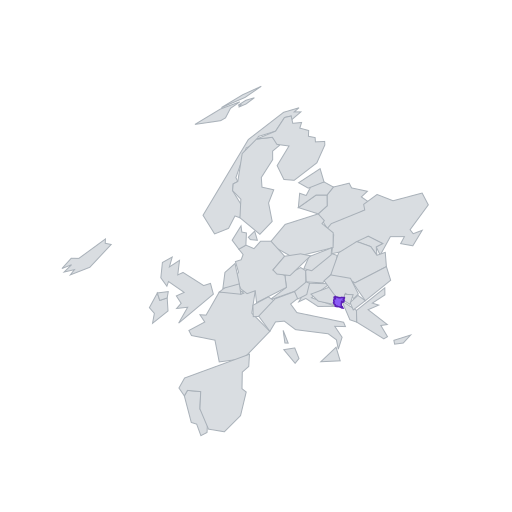 where Montenegro sits in Europe, rotated 331°
{"feature_id": "MNE", "entity_name": "Montenegro", "entity_type": "country or territory", "adm_level": 0, "iso_a3": "MNE", "parent_name": "Europe", "parent_adm1": "", "projection": "equal_earth", "projection_center": [19.258, 42.706], "detail": "fine", "context": "in_parent", "style": "filled", "palette": "violet", "viewbox_px": 512, "rotation_deg": 331, "n_neighbors": 37, "source": "natural_earth", "source_scale": "50m", "svg_char_len": 8551}
<svg xmlns="http://www.w3.org/2000/svg" viewBox="0 0 512 512"><g transform="rotate(331 256 256)"><path d="M266.4,111.3L296.0,110.2L316.6,113.3L305.2,114.5L296.3,120.4L290.7,120.5L266.4,111.3ZM365.1,151.7L352.9,154.2L354.6,150.6L348.1,148.7L333.7,156.3L316.1,152.6L309.3,157.6L299.9,156.7L276.4,177.7L276.2,182.0L271.0,181.9L267.2,187.5L268.0,206.5L260.5,214.8L257.0,210.8L245.4,218.5L230.5,216.6L229.4,194.7L305.8,150.4L349.8,143.7L365.5,147.2L359.3,148.5L365.1,151.7ZM342.9,110.1L323.2,112.0L297.7,109.4L322.6,108.5L342.9,110.1ZM331.3,116.8L321.1,118.2L312.9,117.4L316.1,116.5L313.3,115.5L322.7,114.9L331.3,116.8Z" fill="#d9dde1" stroke="#a8b0b8" stroke-width="1"/><path d="M206.4,269.7L238.5,286.0L224.6,304.0L231.6,328.6L195.2,339.7L172.5,330.8L179.3,309.7L161.0,294.3L161.2,288.6L179.2,288.9L178.5,280.2L183.7,283.5L206.4,269.7ZM239.1,346.1L243.7,334.2L241.9,347.8L239.1,346.1Z" fill="#d9dde1" stroke="#a8b0b8" stroke-width="1"/><path d="M260.5,214.8L270.3,199.0L267.2,187.5L271.0,181.9L276.2,182.0L293.6,159.7L313.1,154.0L327.9,160.1L330.2,170.6L321.4,172.3L317.3,179.8L298.7,189.9L294.6,198.7L303.6,206.7L292.7,215.7L286.9,233.6L269.9,238.9L260.5,214.8Z" fill="#d9dde1" stroke="#a8b0b8" stroke-width="1"/><path d="M357.1,233.2L372.8,237.5L372.6,242.8L384.8,253.4L376.8,255.4L380.3,262.6L373.4,268.5L331.6,266.5L330.8,249.3L342.6,246.6L347.7,237.1L357.1,233.2Z" fill="#d9dde1" stroke="#a8b0b8" stroke-width="1"/><path d="M404.3,312.7L413.8,314.1L398.1,323.1L388.5,315.3L395.2,311.0L382.9,304.2L365.0,315.5L365.6,306.3L372.8,306.5L363.7,293.1L340.6,296.0L323.4,290.7L334.2,275.2L331.6,266.5L337.6,264.2L373.4,268.5L375.2,263.0L391.7,260.9L402.6,274.1L431.8,281.5L431.5,294.8L403.5,307.7L404.3,312.7Z" fill="#d9dde1" stroke="#a8b0b8" stroke-width="1"/><path d="M330.8,249.3L332.9,258.2L329.4,259.7L334.8,273.1L327.5,286.0L287.7,275.2L275.8,256.1L276.3,250.4L296.8,242.5L330.8,249.3Z" fill="#d9dde1" stroke="#a8b0b8" stroke-width="1"/><path d="M292.3,293.0L286.2,304.4L277.6,306.4L246.0,301.1L267.4,298.2L271.8,287.1L289.5,287.8L292.3,293.0Z" fill="#d9dde1" stroke="#a8b0b8" stroke-width="1"/><path d="M323.4,290.7L327.3,294.9L317.1,307.3L301.2,311.8L287.4,303.0L292.3,293.0L323.4,290.7Z" fill="#d9dde1" stroke="#a8b0b8" stroke-width="1"/><path d="M351.1,292.2L363.7,293.1L372.8,306.5L365.6,306.3L362.1,314.0L360.9,303.4L351.1,292.2Z" fill="#d9dde1" stroke="#a8b0b8" stroke-width="1"/><path d="M362.1,314.0L370.8,315.5L364.9,328.5L329.5,327.5L312.2,308.8L329.9,293.2L351.1,292.2L360.9,303.4L362.1,314.0Z" fill="#d9dde1" stroke="#a8b0b8" stroke-width="1"/><path d="M347.7,237.1L342.6,246.6L330.8,249.3L316.5,234.2L338.1,231.8L347.7,237.1Z" fill="#d9dde1" stroke="#a8b0b8" stroke-width="1"/><path d="M351.4,224.2L357.1,233.2L347.7,237.1L338.1,231.8L316.5,234.2L324.6,222.3L329.2,227.4L339.3,220.8L351.4,224.2Z" fill="#d9dde1" stroke="#a8b0b8" stroke-width="1"/><path d="M354.4,210.7L351.4,224.2L334.6,222.0L328.8,212.6L354.4,210.7Z" fill="#d9dde1" stroke="#a8b0b8" stroke-width="1"/><path d="M276.3,250.4L280.9,270.1L264.1,276.4L271.8,287.1L267.4,298.2L233.9,297.0L238.5,286.0L229.9,284.6L226.8,277.5L227.6,264.5L232.9,261.7L235.3,250.9L241.2,252.1L245.4,248.5L244.3,241.7L252.4,241.6L257.8,248.6L267.2,245.3L276.3,250.4Z" fill="#d9dde1" stroke="#a8b0b8" stroke-width="1"/><path d="M327.6,324.1L329.5,327.5L364.9,328.5L362.0,342.5L329.9,348.1L327.6,324.1Z" fill="#d9dde1" stroke="#a8b0b8" stroke-width="1"/><path d="M352.9,400.1L342.6,403.5L334.5,400.3L335.7,396.6L352.9,400.1ZM317.5,352.3L353.2,346.3L349.9,352.5L334.9,353.6L339.5,358.4L328.0,357.3L337.6,379.6L331.5,377.3L331.9,390.3L327.6,390.4L312.0,362.6L317.5,352.3Z" fill="#d9dde1" stroke="#a8b0b8" stroke-width="1"/><path d="M317.5,352.3L312.0,362.6L307.2,357.3L309.3,336.9L317.5,352.3Z" fill="#d9dde1" stroke="#a8b0b8" stroke-width="1"/><path d="M289.6,305.8L307.0,316.0L284.3,319.4L301.1,338.6L285.7,330.1L279.0,317.3L271.2,316.8L289.6,305.8Z" fill="#d9dde1" stroke="#a8b0b8" stroke-width="1"/><path d="M246.9,297.7L251.2,306.0L231.7,311.6L224.2,307.7L229.4,297.6L246.9,297.7Z" fill="#d9dde1" stroke="#a8b0b8" stroke-width="1"/><path d="M225.2,277.8L227.2,282.6L224.2,282.1L225.2,277.8Z" fill="#d9dde1" stroke="#a8b0b8" stroke-width="1"/><path d="M227.9,272.3L224.2,282.1L206.4,269.7L221.3,267.3L227.9,272.3Z" fill="#d9dde1" stroke="#a8b0b8" stroke-width="1"/><path d="M234.0,252.4L227.9,272.3L211.3,268.3L220.9,255.3L234.0,252.4Z" fill="#d9dde1" stroke="#a8b0b8" stroke-width="1"/><path d="M125.5,343.6L130.9,340.3L141.9,347.8L132.8,362.6L134.3,375.9L127.6,386.6L120.7,386.4L122.6,374.3L118.7,370.2L125.5,343.6Z" fill="#d9dde1" stroke="#a8b0b8" stroke-width="1"/><path d="M130.5,384.4L132.8,362.6L141.9,347.8L130.9,340.3L125.5,343.6L124.6,334.1L134.4,328.1L202.7,338.7L196.1,349.1L187.7,350.9L179.4,365.3L181.5,370.2L165.1,388.1L143.1,394.4L130.5,384.4Z" fill="#d9dde1" stroke="#a8b0b8" stroke-width="1"/><path d="M158.0,249.6L152.4,261.4L132.9,264.7L139.3,256.9L137.7,249.5L151.8,240.5L150.3,248.2L158.0,249.6Z" fill="#d9dde1" stroke="#a8b0b8" stroke-width="1"/><path d="M251.9,302.7L272.5,305.8L273.1,313.1L263.0,314.8L264.3,325.3L300.5,356.4L300.0,361.1L290.8,355.7L291.9,368.8L282.8,377.4L285.7,368.3L281.4,359.0L254.9,339.6L249.2,326.7L241.1,323.1L231.6,328.6L229.2,309.9L251.9,302.7ZM261.4,379.9L281.8,374.6L278.8,388.5L261.4,379.9ZM234.9,351.4L245.3,355.2L243.9,366.5L238.2,368.8L234.9,351.4Z" fill="#d9dde1" stroke="#a8b0b8" stroke-width="1"/><path d="M252.4,241.6L244.3,241.7L242.8,230.6L257.5,222.4L255.2,228.2L258.8,231.2L252.4,241.6ZM266.9,233.6L264.8,242.9L259.0,238.9L258.4,235.9L266.9,233.6Z" fill="#d9dde1" stroke="#a8b0b8" stroke-width="1"/><path d="M158.0,249.6L150.3,248.2L151.8,240.5L162.0,244.6L158.0,249.6ZM175.5,253.0L167.1,235.9L163.4,239.2L162.2,228.9L171.0,216.3L182.2,216.3L174.9,223.6L187.0,222.7L178.4,234.6L184.2,235.0L195.9,256.5L202.9,257.9L200.2,268.7L155.8,277.2L171.4,267.7L161.1,263.4L167.6,261.1L167.0,252.3L175.5,253.0Z" fill="#d9dde1" stroke="#a8b0b8" stroke-width="1"/><path d="M132.6,168.1L130.3,171.8L134.9,175.7L105.2,185.3L84.5,182.5L90.6,179.9L80.4,177.0L90.5,174.2L80.2,172.9L93.3,168.4L99.9,172.2L132.6,168.1Z" fill="#d9dde1" stroke="#a8b0b8" stroke-width="1"/><path d="M272.5,305.8L287.4,303.0L289.6,305.8L281.7,314.3L271.7,313.9L272.5,305.8Z" fill="#d9dde1" stroke="#a8b0b8" stroke-width="1"/><path d="M354.6,150.6L352.5,157.8L360.6,161.3L356.3,165.4L362.9,171.8L359.9,176.7L365.1,181.1L363.3,185.0L371.6,189.1L370.0,192.3L354.4,204.0L326.1,208.3L317.5,202.6L318.3,187.2L338.2,175.8L328.4,168.5L327.9,160.1L313.1,154.0L333.7,156.3L348.1,148.7L354.6,150.6Z" fill="#d9dde1" stroke="#a8b0b8" stroke-width="1"/><path d="M326.2,285.5L322.2,291.5L297.6,295.9L291.7,290.3L302.0,282.3L326.2,285.5Z" fill="#d9dde1" stroke="#a8b0b8" stroke-width="1"/><path d="M280.9,270.1L296.0,275.7L303.8,282.3L276.3,289.6L265.5,281.9L264.1,276.4L280.9,270.1Z" fill="#d9dde1" stroke="#a8b0b8" stroke-width="1"/><path d="M301.8,337.2L288.6,325.7L285.6,316.0L306.9,319.0L307.5,329.6L301.8,337.2Z" fill="#d9dde1" stroke="#a8b0b8" stroke-width="1"/><path d="M326.1,339.9L329.9,348.1L314.9,350.3L315.8,342.2L326.1,339.9Z" fill="#d9dde1" stroke="#a8b0b8" stroke-width="1"/><path d="M303.6,310.6L312.2,308.8L327.8,321.3L327.1,338.8L321.0,340.6L316.1,332.0L312.6,335.8L306.0,330.0L303.6,310.6Z" fill="#d9dde1" stroke="#a8b0b8" stroke-width="1"/><path d="M314.7,343.8L311.4,337.7L314.9,332.5L322.2,336.9L314.7,343.8Z" fill="#d9dde1" stroke="#a8b0b8" stroke-width="1"/><path d="M305.8,329.9L305.8,330.0L305.8,330.3L306.0,330.6L306.5,330.9L307.2,331.5L308.1,332.5L308.5,332.9L308.8,332.9L309.5,333.4L310.0,333.5L310.6,333.6L312.0,334.6L312.6,334.8L313.1,335.2L313.1,335.5L312.3,336.0L312.1,336.3L311.7,336.3L311.3,336.3L311.1,336.5L311.3,336.9L311.5,337.3L311.4,338.0L311.2,338.0L310.5,338.4L310.0,338.6L309.6,338.6L309.4,338.5L309.3,338.2L309.3,337.5L309.2,337.3L309.0,337.2L308.7,337.4L308.4,337.9L308.0,338.5L307.5,339.1L307.1,339.8L306.7,340.5L306.4,341.2L306.7,341.5L306.9,342.0L306.8,342.4L306.9,342.6L306.8,343.3L306.8,343.7L305.8,343.0L305.3,342.1L303.9,340.5L302.2,339.5L302.1,339.3L302.2,339.1L302.3,338.9L302.0,338.9L301.7,339.0L301.2,338.6L301.0,338.2L301.0,337.9L301.3,337.8L301.6,337.4L301.7,337.0L301.2,336.1L301.1,335.6L301.1,334.6L301.2,334.3L301.3,334.2L302.2,334.1L302.2,333.3L302.2,333.0L302.4,332.7L302.5,332.4L303.0,332.0L303.6,331.4L303.9,331.4L304.2,331.5L304.4,331.9L304.7,331.9L304.8,331.3L304.4,330.6L304.2,330.2L304.3,329.9L304.8,329.9L305.1,330.0L305.3,329.9L305.6,329.9L305.8,329.9Z" fill="#8b5cf6" stroke="#5b21b6" stroke-width="1.5"/></g></svg>